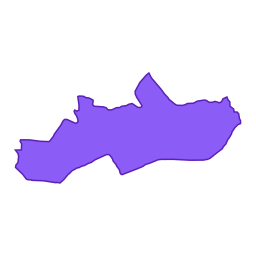 El Progreso, Jutiapa, Guatemala (Natural Earth projection), rotated 270°
{"feature_id": "79465075B52166049172952", "entity_name": "El Progreso", "entity_type": "district", "adm_level": 2, "iso_a3": "GTM", "parent_name": "Guatemala", "parent_adm1": "Jutiapa", "projection": "natural_earth1", "projection_center": [-89.846, 14.381], "detail": "fine", "context": "isolated", "style": "filled", "palette": "violet", "viewbox_px": 256, "rotation_deg": 270, "n_neighbors": 0, "source": "geoboundaries", "source_scale": "gbopen_adm2", "svg_char_len": 1798}
<svg xmlns="http://www.w3.org/2000/svg" viewBox="0 0 256 256"><g transform="rotate(270 128 128)"><path d="M183.0,148.9L181.0,146.4L173.6,139.9L164.7,135.1L161.9,135.3L158.5,136.8L150.5,141.9L149.6,141.9L148.6,140.6L148.6,137.9L152.5,132.1L151.7,128.7L150.4,126.4L149.7,121.5L148.5,119.9L148.3,116.4L146.1,111.7L146.1,108.8L146.5,107.6L148.3,106.1L149.1,103.5L149.8,94.0L151.5,92.6L155.2,93.2L156.0,92.9L157.9,89.3L158.5,85.6L159.7,83.6L160.0,79.5L159.5,77.8L150.8,79.0L145.8,78.9L144.9,77.1L145.9,74.7L144.9,74.1L142.7,74.8L140.0,76.6L136.7,77.8L134.6,78.0L133.0,76.9L132.8,75.2L136.6,66.9L136.5,64.5L135.1,63.1L130.6,60.7L121.8,54.3L119.5,53.3L114.4,49.3L114.7,40.5L116.1,29.6L116.2,20.5L114.7,20.1L112.2,21.6L106.1,21.4L105.9,15.4L102.7,17.9L100.0,18.6L93.5,18.0L91.1,16.0L88.6,15.5L81.6,22.8L76.9,26.3L76.3,27.8L76.2,31.0L75.7,31.8L75.2,43.5L73.3,56.0L73.6,56.9L73.0,60.0L76.6,64.0L81.8,68.3L82.1,69.0L85.2,72.0L88.1,77.2L88.4,79.2L89.8,81.6L90.5,84.5L92.6,88.3L93.5,91.1L96.2,95.0L101.5,106.7L101.4,108.8L100.2,110.4L97.0,112.5L94.9,113.2L91.0,116.4L90.1,116.5L86.5,119.2L82.6,120.3L81.6,121.2L81.4,122.2L87.7,138.4L89.5,142.7L91.6,145.7L92.8,149.7L96.2,157.9L96.6,160.7L96.7,172.7L95.8,190.0L95.9,203.4L96.7,207.6L97.7,210.0L102.1,215.5L107.4,222.4L109.1,223.2L111.9,225.8L116.8,228.0L117.7,228.9L121.9,231.4L124.2,232.1L128.6,235.1L131.5,238.1L132.4,240.5L135.1,240.6L137.6,239.4L142.2,238.7L143.9,237.2L144.1,234.1L146.9,233.7L149.8,230.0L154.1,229.8L156.6,227.8L159.0,226.9L157.2,223.0L154.5,221.6L153.2,219.7L154.6,215.1L153.7,212.2L153.7,209.0L155.5,206.6L156.0,204.4L154.8,197.1L152.8,193.6L152.5,187.3L151.2,184.9L150.6,182.2L150.8,176.5L152.1,174.6L157.0,168.6L157.9,168.4L162.3,164.3L166.7,161.1L178.1,151.4L183.0,148.9Z" fill="#8b5cf6" stroke="#5b21b6" stroke-width="1.5"/></g></svg>